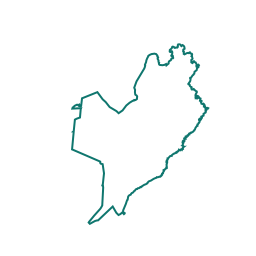 outline of Smiltene, Smiltenes, Latvia, rotated 308°
{"feature_id": "27541924B48400059741255", "entity_name": "Smiltene", "entity_type": "district", "adm_level": 2, "iso_a3": "LVA", "parent_name": "Latvia", "parent_adm1": "Smiltenes", "projection": "natural_earth1", "projection_center": [25.912, 57.423], "detail": "fine", "context": "isolated", "style": "outline", "palette": "teal", "viewbox_px": 256, "rotation_deg": 308, "n_neighbors": 0, "source": "geoboundaries", "source_scale": "gbopen_adm2", "svg_char_len": 5951}
<svg xmlns="http://www.w3.org/2000/svg" viewBox="0 0 256 256"><g transform="rotate(308 128 128)"><path d="M106.2,181.0L106.7,181.1L107.0,181.0L107.6,181.9L109.0,182.7L109.0,182.9L109.4,183.4L109.8,183.5L110.2,183.4L110.7,183.7L111.2,183.7L111.0,183.4L111.3,183.3L112.2,183.4L112.9,183.0L113.8,183.4L114.1,183.0L115.9,182.9L116.2,182.8L116.1,182.5L116.7,181.9L117.5,182.3L117.8,182.6L119.3,182.6L119.3,182.8L120.3,183.3L120.5,183.2L120.5,182.7L121.6,182.2L121.7,181.8L122.8,181.2L123.1,180.7L124.6,180.3L125.4,179.8L125.5,179.7L124.6,179.6L124.7,179.3L125.2,179.2L125.4,178.8L126.6,178.4L126.8,178.5L126.8,178.8L128.3,178.5L128.5,177.9L129.2,178.3L131.8,178.5L132.7,179.2L132.9,179.6L133.5,179.3L134.2,179.4L136.0,179.9L136.5,180.4L138.1,180.8L138.0,181.2L138.3,181.5L139.1,181.1L139.4,181.2L139.2,181.5L139.7,181.6L140.1,181.8L140.8,181.9L141.5,181.7L141.4,181.9L142.5,182.2L142.6,182.8L142.7,183.0L143.4,182.7L143.6,182.9L143.5,183.0L144.4,183.3L144.2,184.0L144.9,183.9L145.3,184.2L145.6,183.8L146.2,183.6L146.8,183.4L147.2,183.5L146.9,183.2L147.8,183.0L147.9,182.1L147.7,181.6L148.4,181.7L149.0,181.1L150.1,180.9L150.1,180.1L151.0,180.1L151.0,179.7L151.2,179.3L151.6,179.3L151.8,180.5L152.3,180.6L152.6,180.4L152.4,180.1L154.1,179.5L154.3,179.1L154.2,178.8L154.5,178.7L155.0,179.3L154.8,179.4L155.0,179.9L155.3,179.6L155.6,179.2L156.4,179.6L156.6,178.7L156.8,178.6L157.2,178.9L157.7,179.6L158.5,179.4L158.8,180.0L159.7,179.6L160.1,179.7L160.2,180.1L160.7,180.4L160.8,180.3L160.9,179.8L161.2,179.6L162.7,180.3L162.7,180.6L162.9,180.7L163.5,180.6L163.7,181.0L165.3,181.6L166.4,181.5L166.9,181.8L167.4,181.5L168.2,181.6L169.6,181.1L172.0,181.0L172.4,181.4L173.4,180.6L173.7,180.9L174.7,180.7L175.3,180.8L175.7,180.5L176.1,180.7L176.7,180.7L177.8,179.9L177.9,179.2L178.4,178.7L179.1,178.7L179.0,179.2L179.1,179.4L179.6,179.4L179.7,179.6L179.2,179.9L179.1,180.2L180.0,180.2L180.4,180.0L181.6,180.0L181.7,179.9L181.2,179.4L181.4,179.1L182.1,178.7L183.1,179.3L183.7,179.4L184.1,179.9L184.7,179.7L185.7,178.8L188.0,179.6L188.3,179.2L188.9,179.2L189.6,178.7L190.1,178.8L190.2,178.6L189.7,178.1L189.9,177.9L191.9,178.5L192.2,179.0L193.0,179.0L192.9,178.4L192.0,177.3L191.3,177.1L191.6,176.6L191.4,176.3L191.5,176.0L192.1,175.9L192.4,175.5L191.8,175.0L191.6,174.6L192.3,174.1L193.3,174.0L193.6,173.1L193.6,172.4L192.7,172.0L192.4,170.8L192.9,170.4L193.2,169.6L193.5,169.4L194.4,169.5L194.6,169.3L194.1,168.6L194.2,168.3L194.0,168.2L193.8,167.9L194.1,167.7L195.7,167.2L195.9,167.0L195.5,165.7L196.0,165.0L195.7,164.6L194.0,164.5L193.8,164.2L194.3,163.7L194.3,163.3L193.3,163.4L193.1,163.1L193.7,162.8L193.8,162.2L194.2,162.0L194.4,162.0L195.6,163.2L196.1,163.2L195.8,162.3L195.1,161.8L195.1,161.2L195.7,160.8L196.6,160.5L198.6,160.2L199.1,159.7L198.9,158.5L199.0,157.0L198.8,156.4L199.2,156.0L199.2,155.7L198.2,155.2L197.6,154.5L198.0,153.7L199.3,153.1L199.4,152.8L199.1,152.3L199.2,151.0L199.4,150.5L200.0,150.1L200.1,149.7L200.1,149.4L199.7,148.7L199.8,148.4L200.0,148.3L200.6,148.4L201.5,148.2L202.5,148.3L203.6,148.0L205.0,147.2L205.5,146.2L205.8,146.1L206.4,146.7L209.3,146.5L210.1,146.8L210.8,146.6L211.6,146.8L213.3,145.8L215.8,146.5L217.6,145.6L219.4,146.0L220.2,145.4L221.1,145.3L221.2,144.6L219.1,144.3L218.7,144.0L219.0,143.6L220.3,143.1L220.5,142.8L220.8,141.9L221.1,141.4L221.3,140.9L220.9,140.0L221.3,139.0L221.0,138.6L220.6,138.6L219.2,138.9L218.8,138.8L218.7,137.5L220.6,136.0L221.8,136.3L222.6,136.0L222.9,135.4L223.8,134.4L223.7,133.8L224.6,133.7L225.5,133.2L225.8,132.7L225.8,132.3L225.2,131.5L225.7,130.2L225.2,130.1L224.4,129.8L224.3,129.2L223.1,128.2L220.8,127.2L220.7,126.3L222.5,125.1L222.5,124.7L222.3,124.4L222.5,124.1L223.1,124.0L223.6,123.4L223.9,123.3L225.3,123.8L226.4,122.7L226.9,121.9L227.0,120.3L226.9,119.9L225.4,119.7L225.4,119.4L225.9,118.3L225.9,117.7L225.6,117.0L224.8,116.1L224.0,116.2L222.8,117.2L222.2,117.4L221.5,117.2L221.3,116.5L220.0,115.7L219.8,115.2L220.1,114.7L220.0,113.8L219.5,113.0L219.1,112.9L218.2,113.3L217.0,113.3L215.3,112.9L214.0,113.7L213.8,114.0L214.1,114.8L215.4,115.1L215.5,115.6L214.7,116.5L213.5,117.2L211.6,117.6L211.5,117.9L212.4,118.9L211.0,120.5L210.6,120.5L209.9,119.6L209.5,119.6L208.9,119.6L208.3,120.0L207.3,119.9L206.5,119.4L205.4,119.4L204.7,119.6L203.8,120.3L201.0,119.7L201.8,118.6L200.1,117.8L198.7,116.5L197.3,114.3L197.2,113.8L197.4,113.2L198.2,112.3L198.6,112.3L198.7,111.8L199.0,111.2L200.0,110.5L200.7,108.8L200.9,108.6L202.1,108.4L202.3,108.1L202.3,107.2L202.8,107.0L203.2,106.5L203.4,105.3L203.6,104.8L202.9,103.1L200.7,101.0L198.8,100.0L198.4,100.0L198.1,99.8L197.2,99.6L196.5,99.9L194.8,100.2L192.7,100.8L191.0,101.7L188.3,102.4L188.0,102.6L187.9,103.0L187.6,103.2L186.2,103.8L184.8,104.2L170.0,106.0L163.6,108.1L162.4,110.1L160.5,111.4L158.8,113.2L158.9,114.9L158.5,115.8L156.3,117.2L154.6,116.7L153.9,115.6L153.2,115.8L152.4,115.0L148.9,113.7L144.7,112.8L138.5,112.9L133.9,111.5L134.2,108.5L133.2,100.6L134.7,94.5L135.0,90.4L137.4,81.8L123.1,73.5L116.5,77.5L115.7,76.8L115.5,76.4L115.6,76.2L116.3,75.5L116.4,75.2L115.2,75.2L115.3,74.2L115.2,73.8L114.9,73.4L112.6,72.3L110.7,72.1L110.1,71.8L109.0,72.2L114.7,78.8L113.8,79.1L106.7,83.7L103.7,81.8L101.9,81.0L92.1,87.2L91.6,87.1L91.8,87.4L76.7,97.1L84.3,126.3L84.4,126.8L83.4,127.6L83.1,128.4L83.9,130.3L77.5,137.0L68.5,142.6L67.1,143.1L67.4,143.5L65.8,145.1L51.1,155.4L48.7,155.8L47.3,155.9L38.1,155.3L30.3,155.1L29.3,155.2L29.0,156.9L34.5,159.3L36.1,160.5L36.8,161.3L56.7,164.3L54.0,171.0L53.6,174.1L55.5,175.0L58.0,175.5L57.6,177.8L58.6,178.0L58.9,177.8L58.7,177.0L58.8,176.3L59.2,175.6L60.1,174.9L67.0,173.0L69.7,172.0L70.8,171.7L71.2,171.9L74.0,170.4L75.0,170.3L76.0,170.5L77.1,171.2L77.9,171.0L79.0,171.0L79.8,171.5L80.6,171.7L81.8,171.6L82.9,172.0L84.3,171.9L85.3,172.3L85.6,172.8L86.7,172.9L87.4,173.7L88.7,174.1L89.0,174.4L89.3,174.2L89.9,174.9L90.5,174.8L93.3,175.8L94.7,176.7L96.3,177.3L96.5,177.1L98.6,177.2L100.8,178.5L103.7,179.5L105.9,180.7L106.2,181.0Z" fill="none" stroke="#0f766e" stroke-width="2"/></g></svg>